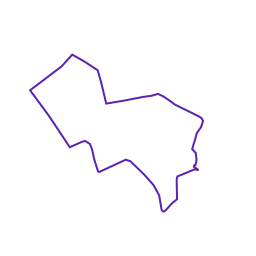 Gala'a Al Nahal, Gedarif, Sudan, rotated 153°
{"feature_id": "16777658B80324044236150", "entity_name": "Gala'a Al Nahal", "entity_type": "district", "adm_level": 2, "iso_a3": "SDN", "parent_name": "Sudan", "parent_adm1": "Gedarif", "projection": "robinson", "projection_center": [35.033, 13.356], "detail": "fine", "context": "isolated", "style": "outline", "palette": "violet", "viewbox_px": 256, "rotation_deg": 153, "n_neighbors": 0, "source": "geoboundaries", "source_scale": "gbopen_adm2", "svg_char_len": 932}
<svg xmlns="http://www.w3.org/2000/svg" viewBox="0 0 256 256"><g transform="rotate(153 128 128)"><path d="M116.6,42.3L108.2,59.7L106.0,62.4L87.1,60.9L84.3,58.4L86.0,62.2L86.6,62.9L86.9,63.6L86.2,64.5L85.3,64.7L84.6,64.5L81.4,68.4L79.0,75.0L80.0,78.8L80.4,80.0L76.4,84.3L73.5,87.2L69.3,91.9L68.5,92.5L62.7,95.5L57.9,100.2L57.9,103.1L59.4,105.9L75.4,127.3L78.2,132.8L82.1,140.0L85.8,144.8L91.9,145.9L95.5,147.1L100.9,149.0L117.1,153.6L136.3,159.6L135.2,164.3L131.2,180.8L128.8,193.2L136.6,206.9L144.4,218.7L159.0,213.1L198.1,206.1L198.1,205.9L192.9,174.7L188.6,137.3L175.2,136.6L172.0,135.9L169.2,131.0L169.7,125.3L172.4,115.0L174.3,103.6L174.3,102.8L174.0,102.1L172.8,101.7L171.6,101.8L144.5,100.8L141.0,97.4L137.1,86.1L136.6,84.5L134.6,78.7L131.2,65.8L130.8,53.8L133.1,46.6L135.3,39.3L134.5,37.6L133.3,37.3L132.0,37.5L127.7,39.1L124.3,40.5L121.8,41.2L117.9,42.0L116.6,42.3Z" fill="none" stroke="#5b21b6" stroke-width="2"/></g></svg>